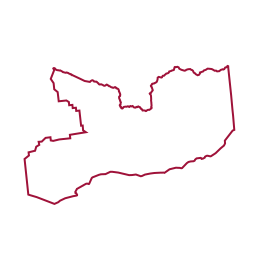 Curry, Oregon, United States of America (orthographic projection), rotated 264°
{"feature_id": "52423323B63196257632244", "entity_name": "Curry", "entity_type": "district", "adm_level": 2, "iso_a3": "USA", "parent_name": "United States of America", "parent_adm1": "Oregon", "projection": "orthographic", "projection_center": [-123.977, 42.475], "detail": "fine", "context": "isolated", "style": "outline", "palette": "rose", "viewbox_px": 256, "rotation_deg": 264, "n_neighbors": 0, "source": "geoboundaries", "source_scale": "gbopen_adm2", "svg_char_len": 5609}
<svg xmlns="http://www.w3.org/2000/svg" viewBox="0 0 256 256"><g transform="rotate(264 128 128)"><path d="M72.2,21.9L71.9,22.5L68.8,30.0L60.2,46.9L61.5,50.9L62.8,52.8L64.7,58.2L65.9,66.2L66.2,69.9L66.4,70.3L66.9,70.4L68.7,69.6L68.8,69.0L69.9,68.9L72.8,70.9L76.9,80.4L77.0,81.5L76.4,83.1L76.5,83.5L82.0,86.7L82.6,87.5L84.5,94.3L84.8,96.3L84.5,100.8L86.3,105.9L86.1,107.7L84.7,113.6L81.0,124.2L80.8,127.0L80.9,131.0L78.7,135.6L78.8,136.8L79.9,140.0L80.4,145.5L80.5,149.5L80.2,155.2L79.9,158.9L79.6,159.6L82.6,165.0L83.5,171.5L82.9,175.4L82.4,176.8L82.5,177.6L86.9,182.8L87.9,184.6L88.2,186.8L88.1,189.6L88.3,190.3L88.6,190.9L89.5,191.4L90.6,193.0L90.7,197.1L90.2,197.9L89.6,198.0L89.7,199.3L90.5,201.2L91.4,201.6L92.1,203.2L92.1,204.3L91.2,206.9L91.3,207.6L93.8,212.5L98.1,218.0L100.5,221.6L102.5,222.9L105.3,223.0L114.5,231.8L115.0,233.5L129.0,233.8L133.1,233.8L133.3,233.8L135.3,233.8L135.5,233.8L149.5,234.0L177.0,234.0L179.0,234.1L179.3,233.6L179.1,233.2L178.3,232.7L178.0,231.8L178.1,231.4L177.9,230.9L177.5,230.6L176.5,229.9L176.2,228.8L176.5,228.4L176.1,226.4L175.0,224.7L175.0,222.5L175.9,221.5L175.9,220.2L176.4,219.5L176.9,219.0L177.3,218.2L177.8,217.6L178.0,216.9L178.5,214.6L178.7,213.3L177.7,211.4L177.3,209.5L176.4,208.6L176.0,206.8L175.7,205.4L175.0,205.5L173.5,204.2L173.2,202.8L174.5,200.9L175.4,200.4L176.2,199.2L177.1,198.9L177.9,198.7L178.4,198.3L178.8,198.0L179.2,197.0L180.1,196.1L180.1,195.2L180.2,194.1L179.8,192.1L179.2,191.2L179.1,190.1L180.3,187.2L181.6,185.2L183.0,184.7L183.7,183.5L183.6,182.8L183.5,181.9L183.8,181.2L183.7,180.8L183.4,180.6L182.8,180.4L182.1,180.1L181.0,179.7L180.7,178.7L180.6,177.7L180.2,176.8L179.9,174.9L179.2,174.6L178.6,174.0L178.3,173.3L178.1,171.7L177.5,171.0L177.1,170.3L176.6,169.7L176.2,169.2L176.3,168.1L175.5,167.4L174.9,167.1L174.7,166.4L175.0,165.6L175.6,163.9L175.0,162.8L173.3,162.5L171.8,161.9L170.7,161.2L170.5,160.7L170.1,160.1L170.0,159.4L169.6,158.8L169.6,157.7L169.4,156.7L169.0,156.7L168.7,156.3L168.4,155.9L167.7,155.2L167.2,155.2L166.5,155.6L166.2,155.9L165.6,155.9L165.3,156.1L164.1,156.3L163.5,156.5L163.1,156.5L162.8,156.5L162.3,156.0L161.6,155.2L161.0,154.9L160.4,154.4L160.3,153.5L160.0,153.2L159.6,153.3L159.2,153.6L158.9,153.9L158.1,154.2L157.3,154.2L156.3,154.2L155.3,154.1L154.7,154.1L153.8,154.0L153.1,153.8L152.3,153.9L151.7,153.8L150.6,153.9L149.8,153.8L149.3,153.8L148.2,153.8L147.4,153.7L146.8,153.5L146.4,153.2L145.8,153.4L145.6,153.6L145.1,153.4L144.9,153.0L144.7,152.6L144.4,152.2L144.2,151.8L144.0,151.5L143.8,151.0L144.0,150.1L143.9,149.5L143.7,149.0L143.4,148.4L143.3,148.1L143.0,147.8L143.0,147.4L143.2,147.2L143.6,146.7L143.6,146.4L143.7,146.1L143.8,145.7L143.9,145.4L143.9,144.7L143.9,144.3L144.3,144.1L144.7,144.0L145.2,143.8L145.4,143.4L145.5,143.1L145.8,143.0L146.2,142.9L146.5,142.5L146.9,142.3L147.1,142.0L147.6,141.9L147.8,141.3L148.2,140.7L148.4,140.4L148.2,140.0L148.0,139.9L147.8,139.7L147.9,139.1L148.1,138.5L147.5,137.8L147.6,136.9L148.0,135.9L148.8,135.3L149.4,134.9L149.3,134.3L149.1,133.9L149.2,133.3L149.4,133.1L149.6,132.6L149.3,132.2L148.8,131.5L149.1,130.9L149.4,130.7L149.6,129.9L149.3,129.0L149.5,127.5L149.4,126.1L149.0,125.4L148.5,125.0L148.2,124.9L148.0,124.5L148.2,123.7L148.5,123.4L149.1,123.3L149.6,123.3L149.7,123.1L149.8,122.8L150.1,122.5L150.7,122.6L150.8,122.6L151.1,122.5L151.4,122.2L151.6,122.2L151.8,122.3L151.9,122.5L151.9,122.9L152.4,123.1L153.2,123.2L153.6,123.3L153.9,123.4L154.3,123.6L155.0,123.2L155.6,123.2L156.0,122.9L156.4,122.9L156.8,122.9L157.2,122.8L157.8,122.5L158.4,122.4L158.8,122.3L159.5,122.4L159.9,122.4L160.2,122.6L160.4,123.0L160.6,123.4L161.0,123.4L161.3,123.5L161.7,123.8L162.2,123.7L162.9,123.7L163.2,123.5L163.7,123.5L164.1,123.3L164.7,123.2L165.2,122.8L165.8,122.9L166.4,122.8L166.9,122.7L167.3,122.6L167.7,122.4L167.9,122.0L168.2,121.8L168.4,121.5L168.4,121.2L168.6,120.7L169.2,120.5L169.3,120.2L169.4,119.9L169.6,119.8L169.9,119.7L170.0,119.4L169.9,119.2L169.9,118.9L169.8,118.5L169.6,118.2L169.5,117.8L169.6,117.2L169.7,116.9L170.0,116.6L170.1,116.0L170.4,115.5L170.6,115.2L171.1,114.6L171.5,114.1L171.6,113.9L171.6,113.5L172.0,113.1L172.3,113.0L172.5,112.6L172.7,112.2L173.1,111.9L173.4,111.4L173.2,110.8L172.8,110.3L172.7,110.0L172.5,109.5L172.5,109.0L172.5,108.7L172.9,108.0L173.3,107.6L173.6,107.1L173.8,106.7L174.2,106.1L174.2,105.6L174.3,105.2L174.3,104.9L174.2,104.7L174.3,104.1L174.6,103.7L174.9,103.5L175.2,103.3L175.6,103.2L176.0,102.6L176.4,102.3L176.7,102.1L177.1,101.8L177.4,101.4L177.4,100.8L177.6,100.2L177.7,99.5L177.7,99.2L178.1,98.9L178.5,98.7L178.8,98.4L178.9,98.0L179.2,97.6L179.2,97.3L178.9,96.5L178.5,95.7L178.1,95.2L177.8,94.9L179.3,89.8L181.8,85.8L186.4,78.2L186.6,78.0L186.5,77.7L187.0,77.3L187.3,77.1L187.3,76.8L187.3,76.6L187.4,76.4L187.7,76.3L187.9,75.9L188.1,75.3L188.3,75.0L188.6,74.7L188.9,74.4L189.0,74.0L189.2,73.8L189.3,73.4L189.6,72.9L189.6,72.5L189.5,72.3L189.4,72.0L189.5,71.6L189.6,71.3L189.7,71.1L189.8,70.8L189.9,70.5L190.1,70.0L190.3,69.5L190.4,69.1L190.8,68.9L191.1,68.4L191.3,68.1L191.7,67.6L192.0,67.1L192.4,66.5L192.3,65.7L192.6,65.1L192.8,64.5L192.9,63.8L193.1,63.2L193.4,62.8L193.6,62.4L193.9,62.0L194.4,61.9L194.9,61.5L195.2,61.2L195.2,60.5L195.4,60.1L195.7,59.8L195.8,59.7L193.2,60.6L184.9,56.3L180.4,58.7L174.2,58.7L171.1,61.8L161.8,61.9L161.8,69.6L160.0,71.9L156.8,71.9L156.8,75.1L153.6,75.1L153.6,78.3L150.4,78.3L150.4,81.5L135.2,81.6L135.2,83.2L130.4,83.1L128.2,85.7L127.3,69.5L123.8,69.5L123.8,58.4L123.0,52.3L123.7,49.9L126.9,49.9L126.8,45.0L123.5,40.8L123.6,37.7L120.5,38.0L119.0,34.8L115.1,33.2L114.2,26.6L111.0,26.6L108.0,21.9L72.2,21.9Z" fill="none" stroke="#9f1239" stroke-width="2"/></g></svg>